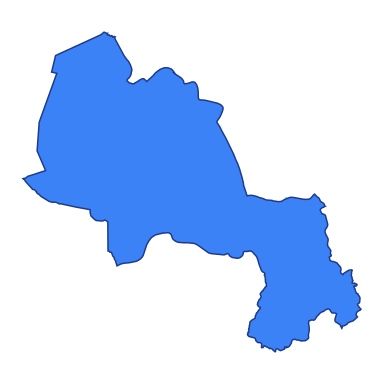 outline of Yatenga, Yatenga, Burkina Faso
{"feature_id": "67063806B65280418727437", "entity_name": "Yatenga", "entity_type": "district", "adm_level": 2, "iso_a3": "BFA", "parent_name": "Burkina Faso", "parent_adm1": "Yatenga", "projection": "albers", "projection_center": [-2.148, 13.581], "detail": "fine", "context": "isolated", "style": "filled", "palette": "blue", "viewbox_px": 384, "rotation_deg": 0, "n_neighbors": 0, "source": "geoboundaries", "source_scale": "gbopen_adm2", "svg_char_len": 6009}
<svg xmlns="http://www.w3.org/2000/svg" viewBox="0 0 384 384"><path d="M103.8,32.3L101.0,34.7L55.6,55.5L51.6,72.1L56.8,73.3L39.2,122.2L37.1,150.9L45.6,170.6L27.6,176.4L25.7,178.1L23.0,178.6L23.5,179.2L24.1,179.4L26.3,182.4L32.0,188.6L32.3,189.2L32.9,189.5L34.3,189.7L35.5,190.6L35.6,191.0L36.4,191.5L36.4,192.2L37.6,193.7L38.6,194.0L41.1,196.5L49.1,201.4L52.9,202.4L54.5,202.0L56.4,202.5L57.8,203.0L59.3,204.0L60.4,203.7L75.6,207.0L90.2,209.7L90.3,210.0L90.1,211.6L90.3,213.5L91.1,216.1L94.2,219.1L96.1,220.5L101.6,221.0L102.9,220.9L105.2,220.0L107.5,221.6L107.8,221.9L108.0,251.0L109.3,251.3L109.7,252.1L111.2,252.3L111.6,252.8L112.8,256.1L113.9,257.2L114.6,259.5L115.3,260.3L117.0,265.9L120.8,264.0L124.1,263.2L129.5,262.7L136.3,261.3L138.0,260.5L140.6,258.8L142.4,256.8L143.2,255.4L146.8,244.5L148.8,241.0L151.1,238.0L152.3,236.9L155.5,234.9L162.3,233.2L167.8,232.7L168.8,232.9L170.3,233.6L171.2,234.7L172.4,238.1L173.0,239.2L174.8,240.8L176.8,241.8L178.3,242.3L180.4,242.5L184.3,242.8L186.7,242.7L193.4,243.3L195.0,243.7L197.9,245.2L208.0,252.5L208.9,253.0L211.1,253.6L224.1,254.9L227.5,253.6L227.9,253.7L228.7,254.3L229.9,256.1L232.2,257.5L237.5,258.3L239.9,257.7L241.8,256.3L242.7,255.1L243.1,254.2L243.4,252.3L244.1,251.4L246.7,251.5L249.9,251.0L251.6,251.3L253.8,253.3L254.0,253.9L254.7,254.4L256.5,256.5L257.8,259.6L259.0,264.1L261.3,270.2L261.7,270.9L262.7,272.0L263.9,272.4L264.7,273.2L264.9,273.8L264.7,274.4L264.4,274.7L264.4,275.3L265.2,277.2L265.5,282.3L265.7,282.7L266.4,283.3L266.2,283.9L266.5,286.0L266.2,286.5L265.5,286.8L264.1,288.9L263.0,290.2L263.0,290.9L262.1,291.2L260.5,293.3L260.2,294.0L260.3,294.6L261.1,296.2L261.0,297.1L260.5,298.4L259.9,299.0L259.1,299.6L258.7,300.8L257.8,302.5L257.4,304.7L258.4,306.4L259.5,307.1L260.3,307.3L260.3,307.8L260.2,308.3L258.1,311.0L257.6,312.0L256.6,312.9L256.2,313.7L256.0,314.8L255.3,316.0L255.2,317.9L254.9,318.4L252.3,319.8L250.3,321.5L250.0,322.0L249.8,324.1L249.3,325.7L249.3,327.2L248.6,329.0L249.0,331.3L248.0,333.2L247.9,333.0L247.5,334.4L247.8,335.2L248.5,336.1L249.4,336.6L254.2,337.8L255.1,338.4L255.5,339.0L255.7,340.3L256.1,341.0L257.6,342.4L258.3,342.6L260.3,342.7L260.9,343.0L261.6,343.8L261.7,344.9L261.4,347.1L261.8,347.7L263.0,347.6L263.6,346.7L263.7,346.1L264.0,345.7L269.0,348.0L269.5,348.7L269.8,348.7L270.5,348.3L272.0,348.9L272.6,349.4L273.2,350.3L275.1,351.8L275.7,351.1L275.7,350.0L275.9,349.4L276.6,348.8L277.8,349.0L279.5,350.2L280.4,350.6L281.0,350.6L282.0,350.0L284.4,349.2L284.7,348.3L284.5,347.3L284.8,347.0L286.4,346.8L286.4,347.7L288.4,347.0L289.8,345.7L291.4,343.0L291.6,341.5L292.3,340.2L293.2,339.5L294.8,339.3L295.5,339.4L296.4,340.0L299.0,340.1L300.0,340.7L301.1,340.7L301.8,341.0L302.9,340.9L303.8,340.6L305.0,340.8L306.3,340.1L307.4,339.4L308.6,338.0L308.4,334.7L309.3,330.2L309.2,327.4L308.5,322.8L309.0,320.8L310.6,320.4L311.7,319.9L313.6,320.2L314.4,319.9L315.1,319.3L316.8,316.6L320.6,312.6L322.4,311.7L323.4,311.5L326.0,309.5L327.9,309.0L329.1,309.1L329.8,309.5L330.2,310.6L331.9,312.9L333.1,313.1L334.5,312.8L336.6,313.8L334.9,319.4L335.1,321.2L335.5,321.8L339.8,324.5L340.6,325.6L340.7,326.5L341.5,327.3L341.6,328.1L341.8,328.4L342.4,326.9L342.4,326.2L342.7,325.9L344.0,325.8L346.8,324.4L348.2,322.6L353.4,320.7L357.5,316.9L356.9,316.3L356.0,314.8L356.5,312.8L357.7,311.3L360.1,310.2L361.0,309.1L359.8,308.1L358.9,306.7L358.1,305.8L357.6,304.8L358.0,303.7L358.8,303.3L359.6,302.5L360.0,298.3L359.8,297.4L359.4,296.3L358.5,295.3L357.7,293.6L356.4,293.2L355.5,291.1L354.9,288.7L354.1,287.4L354.0,286.6L354.4,285.8L355.5,286.2L356.1,286.0L356.6,285.6L357.0,284.6L356.7,284.2L354.7,283.2L352.3,283.2L352.2,282.1L353.0,280.5L352.4,279.6L351.9,276.8L351.2,275.6L351.6,273.6L351.5,272.3L352.2,270.4L352.0,270.0L351.2,269.9L349.2,270.1L347.3,271.1L344.2,273.1L343.2,274.0L342.7,274.1L342.8,274.4L342.1,274.2L340.8,272.9L340.6,272.2L340.5,271.5L341.0,270.3L340.9,268.5L340.5,267.2L339.6,266.0L338.9,265.6L338.6,264.8L337.8,264.2L337.4,263.3L336.9,262.9L334.9,262.0L334.3,262.0L333.6,261.6L331.9,261.4L330.0,260.4L329.3,257.1L331.2,255.9L331.3,255.6L331.2,255.0L330.4,253.8L330.8,250.6L329.6,248.7L327.7,246.1L327.7,245.0L327.4,244.1L328.1,240.5L328.1,238.9L325.4,233.5L325.0,232.0L325.1,230.5L325.6,229.2L326.8,227.5L327.6,225.6L327.7,224.5L327.5,223.4L325.4,215.3L324.0,214.3L321.9,213.7L320.5,211.0L320.2,210.0L320.7,209.0L321.8,207.9L323.4,207.3L325.1,206.3L324.7,206.2L324.6,205.2L324.1,204.1L323.6,203.3L321.3,201.9L320.5,201.2L320.1,200.6L319.5,199.0L318.6,197.7L317.3,197.0L314.6,194.1L313.4,195.1L311.0,198.0L309.3,199.1L306.1,199.4L303.2,199.2L293.1,197.4L291.0,197.3L289.6,197.5L287.5,198.4L286.3,198.3L286.3,198.8L284.3,199.6L282.1,201.1L280.0,201.6L277.9,201.6L274.1,201.0L273.6,201.1L272.6,200.8L272.2,200.4L266.4,200.0L262.6,198.4L259.4,197.6L257.2,196.6L253.0,195.5L250.3,195.3L247.1,195.8L243.7,185.6L243.3,182.6L242.0,177.3L239.5,168.8L237.5,163.3L235.9,160.0L233.6,154.2L225.9,138.3L221.5,130.4L220.1,127.3L217.0,122.5L217.1,121.0L219.4,117.8L221.1,114.6L222.8,110.2L223.1,108.0L222.6,106.7L221.9,105.8L220.8,104.8L217.8,103.3L207.1,100.7L204.0,100.1L200.3,99.9L198.9,99.4L198.6,98.6L198.3,97.2L198.2,91.9L197.8,88.2L196.6,84.7L195.0,82.4L193.3,81.9L191.9,82.0L187.7,83.4L184.4,83.8L183.9,83.2L183.5,81.0L182.3,79.1L180.7,77.6L174.7,73.7L173.8,72.8L174.5,72.8L173.7,71.7L172.7,70.3L171.3,69.0L168.1,67.9L166.2,67.7L164.3,67.8L162.2,68.5L159.9,69.5L155.5,72.8L153.0,75.8L146.7,81.5L144.5,79.2L143.5,78.7L142.5,78.7L141.0,79.3L139.4,80.2L137.5,81.6L135.1,82.8L134.2,83.7L132.3,83.8L131.8,83.5L129.2,82.8L127.7,81.3L127.0,80.9L127.0,80.1L127.5,79.2L128.9,78.0L130.4,75.8L131.1,74.1L131.3,73.2L131.2,72.7L131.9,70.2L131.7,68.7L130.3,64.7L128.5,61.4L126.4,59.0L124.0,55.6L115.0,38.9L114.8,37.2L115.2,36.9L114.4,36.5L114.1,37.1L113.0,37.2L113.0,36.7L112.4,36.4L112.1,35.8L111.5,35.6L110.9,36.1L110.4,36.1L110.0,35.7L109.4,35.5L109.4,35.1L108.9,34.9L108.2,35.1L107.6,34.8L107.6,33.6L107.1,34.1L107.0,33.6L106.4,33.2L104.2,32.2L103.8,32.3Z" fill="#3b82f6" stroke="#1e3a8a" stroke-width="1.5"/></svg>